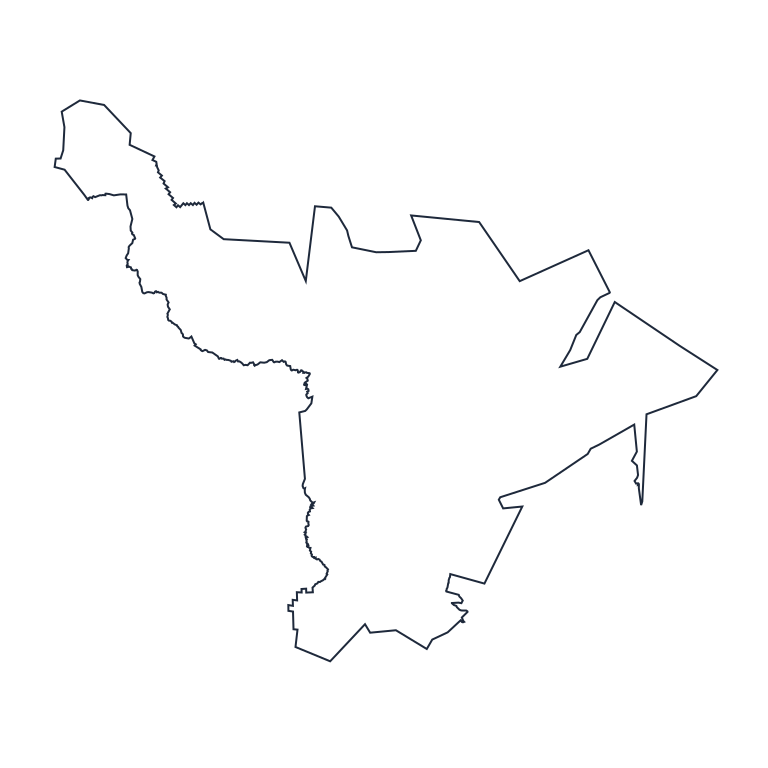 Santa Clara, Durango, Mexico, rotated 91°
{"feature_id": "50627088B43651685111163", "entity_name": "Santa Clara", "entity_type": "district", "adm_level": 2, "iso_a3": "MEX", "parent_name": "Mexico", "parent_adm1": "Durango", "projection": "mercator", "projection_center": [-103.397, 24.488], "detail": "fine", "context": "isolated", "style": "outline", "palette": "slate", "viewbox_px": 768, "rotation_deg": 91, "n_neighbors": 0, "source": "geoboundaries", "source_scale": "gbopen_adm2", "svg_char_len": 6150}
<svg xmlns="http://www.w3.org/2000/svg" viewBox="0 0 768 768"><g transform="rotate(91 384 384)"><path d="M479.2,127.7L480.7,128.3L480.6,127.4L483.7,127.4L500.6,124.8L496.9,123.7L409.7,121.0L390.7,71.6L364.2,50.9L340.7,89.0L298.0,154.7L355.3,181.2L363.6,208.0L346.8,198.4L331.6,192.6L328.7,189.2L296.4,172.1L293.5,169.2L289.0,160.1L288.4,159.8L246.7,181.9L278.8,250.1L220.4,291.7L215.0,359.8L239.7,349.7L250.3,354.5L252.0,381.7L252.4,394.1L247.9,418.4L236.6,422.2L231.1,423.6L217.4,432.2L208.6,439.8L207.5,456.1L282.4,464.0L244.4,481.0L242.0,546.8L232.4,560.3L206.1,567.8L206.7,568.2L206.2,568.8L207.6,570.5L205.9,572.7L208.0,574.5L206.2,576.6L208.4,578.2L206.6,580.4L208.5,582.1L206.7,584.2L208.6,585.7L206.8,587.8L210.7,590.9L208.9,593.1L210.9,594.6L208.7,597.2L207.2,595.3L203.6,599.6L201.7,598.2L198.0,602.7L196.0,601.2L192.4,605.6L191.1,603.4L187.4,607.9L185.0,606.9L181.5,611.4L179.5,609.7L176.3,613.7L174.4,613.0L171.2,614.6L169.5,614.9L169.5,615.7L167.9,615.2L165.8,615.6L164.1,619.4L160.5,617.5L149.3,642.5L137.6,641.6L109.9,668.7L105.8,693.0L117.3,711.0L132.8,708.0L155.9,708.8L164.2,711.3L164.4,716.1L172.8,717.1L175.3,707.1L200.1,687.0L205.1,683.3L205.1,682.9L204.1,682.3L203.4,682.7L202.5,681.1L203.3,679.0L202.0,678.7L201.3,677.8L202.2,676.1L200.2,671.3L200.3,669.6L200.0,668.9L200.1,665.9L198.6,665.8L198.5,665.3L198.9,661.8L200.1,657.4L199.0,650.8L199.0,645.1L210.2,643.6L212.8,642.7L214.7,641.0L223.4,638.5L230.9,640.2L235.0,639.9L237.1,638.2L238.1,638.6L238.9,638.0L239.4,636.8L242.8,635.3L243.2,635.5L244.1,637.4L247.5,638.1L250.1,640.8L251.6,641.7L253.0,641.5L257.8,642.1L259.9,643.5L262.6,644.5L264.5,642.7L264.5,641.7L265.7,642.5L267.2,642.7L268.5,642.3L270.1,643.3L271.7,643.0L271.5,642.0L270.8,641.4L271.3,640.7L271.8,639.1L273.3,638.8L273.7,638.0L274.5,637.8L274.6,637.5L274.9,635.2L274.7,634.3L274.1,633.6L274.3,632.9L275.9,632.2L279.4,632.2L280.9,631.5L283.4,629.5L286.2,629.8L286.7,630.2L288.1,630.0L291.2,628.3L296.1,627.3L297.4,626.2L297.6,625.0L296.4,622.6L296.2,621.0L296.7,617.6L297.4,616.2L297.1,615.3L295.7,614.6L295.2,613.6L296.3,612.7L295.8,611.6L296.6,610.3L296.6,608.0L297.9,606.5L298.5,603.7L299.4,603.8L301.5,602.9L303.3,602.9L306.2,600.8L308.2,601.7L309.7,601.5L310.7,601.2L313.1,599.5L317.5,601.8L318.2,601.4L319.3,601.4L320.7,601.8L321.9,601.2L323.7,600.9L324.4,600.1L324.5,598.8L325.2,597.8L326.5,597.0L326.3,596.6L328.1,594.2L328.9,592.0L329.9,591.7L330.4,590.8L331.1,590.6L333.5,588.2L336.5,587.3L337.2,586.4L338.1,585.9L339.8,585.8L340.6,585.2L341.3,583.9L341.9,580.1L341.6,579.4L339.9,577.4L346.7,574.3L347.6,572.9L348.9,574.0L352.6,567.9L353.3,567.8L354.2,566.5L354.3,566.0L353.0,563.5L353.5,561.7L355.1,560.4L355.5,556.2L359.3,550.6L361.6,549.5L361.7,549.0L360.8,547.7L360.9,547.1L361.5,546.6L361.4,544.8L362.6,543.9L362.2,542.9L362.6,541.9L362.7,540.0L363.5,537.5L364.4,536.9L363.9,535.0L364.7,534.3L364.3,533.5L363.4,532.9L362.5,531.1L364.0,530.3L363.9,529.0L364.7,527.6L366.0,526.0L367.7,524.6L367.3,522.8L367.6,520.7L365.0,518.3L365.2,517.4L364.6,515.3L366.5,514.2L367.4,514.2L368.0,513.6L367.2,512.8L367.1,511.7L366.5,510.5L364.5,508.1L364.8,504.2L364.2,501.6L362.2,499.1L361.8,496.2L364.1,494.6L364.2,493.9L363.6,492.8L363.5,490.8L363.9,489.0L362.0,486.4L363.6,484.7L363.1,483.5L363.5,482.8L366.2,482.1L367.3,481.1L367.7,478.1L370.9,477.5L371.8,477.0L372.1,476.4L371.3,475.0L371.8,472.6L371.4,471.9L371.4,470.8L372.2,470.4L373.9,470.2L374.1,469.6L373.5,468.3L371.8,467.2L371.8,466.5L372.6,465.9L373.0,464.9L373.4,464.6L374.2,464.9L374.3,463.9L373.8,463.5L373.7,461.8L374.2,461.3L374.5,458.6L374.8,458.4L375.4,458.4L378.0,459.9L379.3,461.6L379.9,460.8L382.0,460.3L384.1,463.3L386.1,463.9L386.4,463.7L386.5,462.9L385.3,462.8L385.0,461.9L385.9,460.9L390.3,461.9L390.0,460.5L390.6,459.6L392.2,459.3L393.0,460.7L394.4,460.1L395.9,461.5L397.0,461.4L398.6,460.6L399.6,459.4L397.9,455.4L404.6,456.3L410.8,460.8L412.3,462.3L413.9,468.2L480.2,461.4L485.5,463.4L487.4,463.6L489.6,462.7L490.0,461.8L489.6,461.1L491.3,461.4L494.1,461.2L496.1,460.3L498.6,457.2L500.1,456.2L501.7,455.7L503.3,454.0L503.9,452.9L503.5,451.7L504.5,452.2L505.2,454.2L505.8,454.6L506.2,453.1L506.8,452.6L507.1,454.5L507.8,455.5L508.4,455.6L508.7,453.9L509.3,453.3L509.6,455.0L510.4,455.8L511.0,456.1L512.7,455.8L513.2,457.2L514.3,457.9L515.5,457.7L516.3,456.9L516.9,458.3L517.5,458.8L522.1,458.9L522.7,458.4L522.7,457.7L523.1,457.1L525.1,457.2L526.3,456.8L527.3,457.3L527.9,459.5L528.8,460.0L529.3,460.0L530.8,459.3L531.6,459.7L532.9,459.7L533.6,460.7L534.2,459.7L534.6,460.1L535.4,459.9L536.1,460.6L536.7,459.9L538.1,459.7L537.8,458.7L538.4,458.0L538.9,459.4L540.2,459.3L540.7,458.4L541.6,458.8L543.4,458.5L543.7,458.9L545.3,458.2L545.2,457.4L546.5,456.8L547.1,458.1L547.7,458.2L548.3,457.6L548.5,456.3L549.2,455.8L549.2,454.7L551.8,455.2L552.9,453.9L554.6,454.2L555.7,453.1L557.0,453.4L557.5,453.1L558.1,452.4L558.2,451.0L558.9,451.1L559.2,450.8L558.8,449.3L559.8,449.4L560.6,447.9L560.1,446.7L560.7,445.4L562.2,444.5L562.7,443.4L565.6,441.7L565.9,440.4L567.5,440.0L568.2,438.9L570.4,436.7L571.8,437.3L572.3,437.0L574.8,438.1L575.4,437.4L579.0,439.6L579.8,439.3L580.2,439.6L580.2,440.5L581.3,441.6L582.5,443.9L583.1,444.6L583.0,446.2L584.5,447.1L585.5,449.3L586.7,449.7L588.8,451.9L593.5,451.5L593.9,458.1L590.0,458.3L590.4,462.9L593.9,462.7L593.7,467.5L601.9,467.1L601.4,471.5L607.4,471.2L606.7,475.8L612.5,475.6L613.1,471.0L630.8,470.2L631.1,466.2L648.5,467.9L662.2,433.0L624.5,398.8L632.9,393.5L630.0,367.8L648.2,336.6L638.7,331.3L631.2,316.0L618.9,303.2L620.5,302.1L620.9,300.9L620.4,299.7L619.5,300.6L616.1,302.1L610.4,296.5L609.9,296.6L609.1,297.7L609.1,302.8L608.4,304.6L605.8,307.3L604.6,307.8L603.8,310.2L602.0,312.3L601.8,312.3L601.3,305.7L601.8,302.8L599.2,301.5L596.9,303.1L595.1,305.0L593.5,305.6L590.4,318.0L589.8,318.3L588.9,317.8L587.9,317.8L586.4,317.0L582.0,316.3L581.7,315.9L579.0,315.9L576.6,315.2L576.0,314.7L572.9,314.4L581.8,280.1L504.1,243.6L506.3,262.7L497.7,267.2L495.2,265.8L480.0,221.2L450.4,179.1L445.1,176.2L440.9,167.9L420.2,133.1L447.2,130.0L456.5,134.8L461.0,129.7L470.6,128.4L473.3,129.3L476.6,131.8L479.2,130.2L478.8,128.2L479.2,127.7Z" fill="none" stroke="#1e293b" stroke-width="2"/></g></svg>